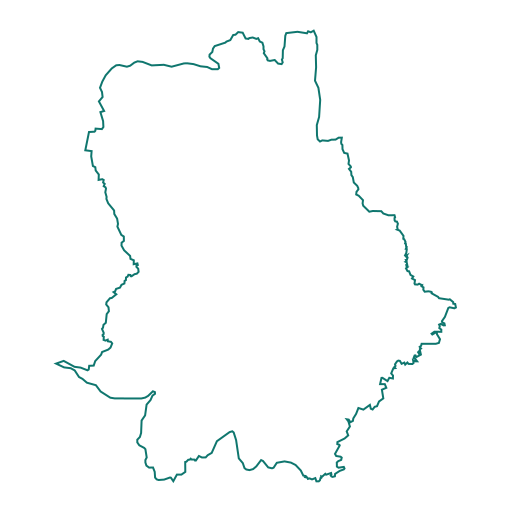 Bang Khan, Nakhon Si Thammarat, Thailand (orthographic projection)
{"feature_id": "78962969B90673540736584", "entity_name": "Bang Khan", "entity_type": "district", "adm_level": 2, "iso_a3": "THA", "parent_name": "Thailand", "parent_adm1": "Nakhon Si Thammarat", "projection": "orthographic", "projection_center": [99.513, 8.009], "detail": "fine", "context": "isolated", "style": "outline", "palette": "teal", "viewbox_px": 512, "rotation_deg": 0, "n_neighbors": 0, "source": "geoboundaries", "source_scale": "gbopen_adm2", "svg_char_len": 6020}
<svg xmlns="http://www.w3.org/2000/svg" viewBox="0 0 512 512"><path d="M449.8,299.3L448.8,299.7L439.0,298.2L438.1,296.9L431.6,293.3L431.8,292.3L431.1,291.8L428.4,291.3L424.7,291.7L423.3,289.7L423.5,287.4L422.1,286.6L422.2,285.3L421.3,285.7L421.1,284.7L419.1,283.7L417.7,284.6L415.0,284.4L414.5,283.5L415.0,280.1L412.0,278.5L413.3,276.5L410.5,274.9L409.1,271.3L407.5,271.1L406.0,268.4L407.5,267.1L406.7,266.8L406.3,265.2L407.3,265.2L406.7,262.4L405.6,261.8L406.5,261.3L405.9,260.0L406.8,259.9L407.6,257.6L407.1,256.7L406.5,257.1L406.1,256.6L406.9,255.3L405.6,256.0L405.0,255.5L406.3,252.9L406.8,249.2L405.8,248.9L406.7,247.1L406.2,246.9L405.8,243.6L405.1,243.4L405.5,241.9L404.2,239.2L403.3,238.8L403.5,235.9L399.7,230.6L397.1,229.6L397.7,229.3L397.1,226.8L397.9,223.7L396.9,221.6L395.3,221.4L394.6,220.3L394.5,218.0L395.1,217.3L394.5,215.2L388.5,215.3L383.3,213.5L381.3,211.2L372.8,211.0L369.3,211.7L363.2,205.7L362.6,203.4L363.0,200.2L358.7,195.7L356.2,194.5L356.5,191.8L358.4,189.3L358.2,187.9L357.2,185.8L353.8,182.5L352.8,177.1L351.4,175.1L351.2,171.8L349.0,168.9L350.9,167.3L350.8,166.5L348.5,163.9L349.0,160.5L347.5,153.6L344.2,152.9L342.5,149.2L342.4,145.0L341.3,143.8L341.1,142.1L341.8,137.7L338.6,137.7L335.6,139.6L331.4,139.7L328.0,140.9L322.3,140.4L320.0,141.5L317.7,139.3L317.0,135.5L316.8,125.1L319.1,117.0L320.2,99.9L318.4,87.8L315.0,80.7L316.1,67.3L315.8,55.3L317.3,49.9L317.3,44.9L316.5,43.0L316.5,37.0L313.7,30.7L310.8,32.3L308.1,31.3L307.0,33.3L297.5,31.8L286.3,33.1L285.3,35.7L284.5,46.5L282.9,50.2L282.7,58.2L281.9,59.6L282.7,62.4L281.6,64.1L278.1,63.6L274.7,60.0L270.0,60.9L267.8,60.4L267.2,59.5L267.4,58.3L263.8,53.2L264.5,51.3L263.5,49.2L263.5,46.4L262.4,42.7L259.8,41.5L258.1,38.2L256.4,38.9L252.7,37.5L249.2,38.1L248.5,38.9L245.6,38.5L242.7,32.7L238.2,32.1L235.5,34.7L233.2,35.0L230.3,40.1L226.4,41.6L225.4,42.6L214.7,46.1L213.0,48.6L212.3,52.0L209.6,54.6L209.4,56.7L210.4,58.2L218.4,63.8L219.2,67.9L217.8,69.2L212.0,69.2L207.2,67.0L200.5,66.3L193.5,64.1L187.2,63.3L184.0,63.4L171.6,66.7L163.8,64.8L151.7,65.4L142.6,61.9L137.6,61.3L134.3,62.6L130.2,65.7L126.9,66.7L119.4,65.0L116.2,65.3L111.8,68.4L105.7,75.3L102.3,81.6L100.0,87.8L102.0,92.0L102.6,97.0L98.9,101.4L104.1,111.0L100.4,112.1L103.1,121.1L103.4,127.0L101.9,129.1L95.6,128.6L95.3,130.8L94.5,131.7L89.0,132.0L85.3,150.3L91.6,151.1L91.2,156.4L92.9,166.0L95.3,167.2L95.7,170.5L98.8,174.5L98.6,179.9L102.3,179.2L103.7,180.0L103.1,182.5L104.7,183.9L103.7,186.2L105.5,187.3L106.0,188.6L105.3,192.3L106.6,196.9L106.4,198.9L108.2,203.3L114.1,210.5L114.3,214.0L117.1,218.6L118.0,223.9L117.4,226.6L121.3,234.9L123.8,236.5L123.9,240.9L121.6,242.7L121.5,245.6L124.1,250.3L130.1,255.9L130.5,258.9L133.8,260.3L133.7,264.2L137.4,263.4L137.8,265.0L136.5,265.5L136.4,266.8L138.2,268.7L138.6,271.8L136.8,273.7L134.5,274.2L131.5,276.3L130.7,276.2L130.4,275.0L128.4,274.8L127.6,276.6L126.0,277.5L125.9,280.1L124.6,280.9L124.4,283.5L121.5,284.8L120.0,287.6L116.1,288.9L115.1,291.4L113.6,292.1L116.3,294.3L111.7,298.0L110.0,298.2L106.5,302.3L106.2,304.5L108.5,307.3L108.9,311.2L106.7,314.1L105.8,322.8L103.5,324.8L103.0,327.7L102.0,328.9L103.7,332.8L103.6,334.1L102.6,334.9L102.7,336.0L103.8,336.7L103.6,339.9L105.5,340.6L107.7,339.7L107.9,341.3L110.9,341.8L112.2,343.4L110.5,347.6L108.2,349.6L102.1,352.0L101.1,354.7L95.2,361.1L93.7,365.6L89.2,365.8L88.7,369.5L87.5,370.3L80.6,367.6L74.5,366.8L63.7,360.9L56.1,363.6L64.1,367.4L70.7,368.2L74.7,370.4L79.0,377.0L82.5,378.9L86.9,382.7L95.9,385.2L100.6,391.5L110.3,397.7L114.7,398.4L141.2,398.5L145.2,397.6L148.1,395.9L152.9,391.3L154.9,392.1L155.0,393.8L152.5,395.6L150.5,400.1L146.6,404.6L145.1,415.4L141.6,420.5L141.1,433.0L139.9,437.0L137.3,439.7L137.3,442.4L139.3,445.3L144.2,447.9L145.4,449.2L146.7,457.5L145.4,460.0L145.4,462.5L146.4,465.6L149.1,467.6L153.0,467.5L154.7,471.8L155.1,477.6L156.7,479.4L158.6,480.0L164.1,479.6L170.0,477.5L170.9,477.7L173.3,481.2L176.9,474.6L181.4,474.6L185.3,471.9L185.2,462.0L186.4,461.7L188.2,459.8L189.9,459.6L190.7,458.7L191.5,459.5L194.5,459.6L195.0,460.5L195.9,460.5L198.9,456.0L202.0,457.5L205.7,457.4L207.7,455.2L211.7,452.9L216.9,441.2L229.6,432.1L232.3,431.3L233.7,432.5L236.1,440.1L238.8,458.4L242.8,463.1L244.5,468.1L246.3,469.5L249.5,470.1L253.1,469.1L256.3,466.4L261.1,460.1L263.0,461.0L268.2,467.4L272.0,468.3L273.6,467.7L276.8,462.8L284.5,461.4L290.9,462.6L295.6,465.0L300.8,470.5L303.3,475.6L305.6,476.0L306.1,476.4L305.4,477.2L307.4,477.7L307.9,478.9L309.6,478.4L312.0,479.4L315.3,478.1L316.4,481.3L318.8,481.3L319.9,480.3L320.6,477.8L321.2,477.8L321.2,476.3L322.1,476.7L325.3,473.8L326.1,474.7L331.1,473.0L331.4,474.6L330.7,475.4L331.4,476.4L332.5,476.9L334.9,476.3L335.1,473.9L339.7,470.9L343.8,469.4L344.5,468.5L343.8,466.9L338.5,467.7L336.9,466.6L336.8,462.5L338.3,461.1L341.2,459.9L341.7,457.6L340.6,456.7L336.2,456.0L335.0,453.9L339.7,445.5L339.4,444.8L337.3,444.1L337.4,442.1L344.6,438.5L348.2,435.4L346.7,431.4L349.9,426.5L348.4,421.4L346.8,419.3L348.7,419.6L350.4,422.2L352.9,420.9L353.3,418.4L356.1,413.9L358.4,408.0L363.4,409.6L369.9,404.9L370.8,408.7L372.6,409.5L374.7,406.8L377.0,406.2L379.0,401.5L383.3,398.4L381.9,389.7L386.3,387.8L384.8,384.1L380.1,384.1L381.5,377.9L382.4,377.8L387.5,381.1L389.3,377.8L392.9,378.5L393.0,375.6L391.2,373.4L393.3,368.4L395.2,368.1L394.3,367.1L395.5,365.9L395.0,364.3L397.0,361.4L398.3,360.6L399.9,360.9L401.6,363.8L404.3,362.6L405.2,364.6L407.4,362.5L408.5,363.9L412.4,364.0L413.6,362.9L413.1,360.3L415.2,361.3L417.1,361.3L415.1,358.7L413.6,358.1L414.6,355.5L415.5,355.4L416.3,357.1L420.9,354.6L420.4,352.4L419.1,353.9L418.1,352.2L419.9,350.3L419.9,349.0L421.0,348.5L419.7,346.9L421.1,345.8L421.6,343.8L435.8,343.8L438.9,342.9L440.0,339.2L437.0,334.3L436.8,332.6L435.9,332.4L432.3,334.5L431.6,333.7L434.4,331.7L441.3,331.8L441.3,329.6L439.3,328.1L439.8,326.1L439.1,324.6L440.7,323.9L443.6,325.4L444.8,325.3L444.4,323.4L442.2,322.3L441.9,321.2L444.9,316.9L448.3,308.0L449.6,307.3L454.4,308.3L455.9,307.5L455.2,304.0L453.3,303.7L453.2,302.1L449.8,299.3Z" fill="none" stroke="#0f766e" stroke-width="2"/></svg>